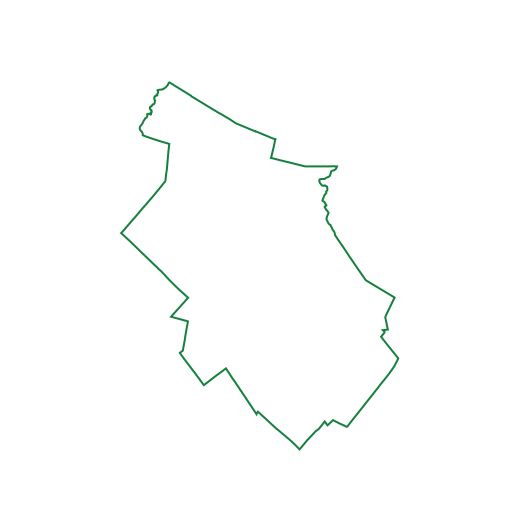 the district of Cornatelu, Dâmbovita, Romania, rotated 237°
{"feature_id": "2599482B11591247588372", "entity_name": "Cornatelu", "entity_type": "district", "adm_level": 2, "iso_a3": "ROU", "parent_name": "Romania", "parent_adm1": "Dâmbovita", "projection": "natural_earth1", "projection_center": [25.687, 44.731], "detail": "fine", "context": "isolated", "style": "outline", "palette": "green", "viewbox_px": 512, "rotation_deg": 237, "n_neighbors": 0, "source": "geoboundaries", "source_scale": "gbopen_adm2", "svg_char_len": 5944}
<svg xmlns="http://www.w3.org/2000/svg" viewBox="0 0 512 512"><g transform="rotate(237 256 256)"><path d="M360.8,323.6L360.7,323.4L363.4,321.5L370.8,316.5L371.0,316.4L374.0,314.3L378.4,311.3L385.1,308.4L385.3,308.3L394.0,304.0L396.1,302.8L405.6,298.2L411.2,295.5L425.3,288.7L425.8,288.8L448.6,278.0L448.8,277.2L447.9,275.9L447.2,274.3L446.8,273.1L446.6,271.6L446.5,269.4L446.9,267.7L447.5,266.5L448.4,264.8L448.5,264.4L448.7,263.8L448.5,263.5L448.1,263.5L447.3,263.4L446.7,263.2L446.4,262.9L446.1,262.1L445.8,261.6L445.5,261.4L444.9,261.1L444.5,260.7L444.6,260.3L445.1,259.9L445.1,259.5L444.9,259.2L445.0,258.9L445.0,258.7L445.0,258.3L444.6,257.9L444.5,257.1L444.3,256.9L443.6,256.6L442.7,256.1L442.2,256.0L441.4,256.1L441.1,255.8L440.6,255.2L439.7,254.4L439.2,253.9L439.0,253.2L439.0,252.6L439.4,251.8L439.0,251.1L438.9,250.4L438.5,250.1L438.4,249.8L438.4,249.4L438.7,248.8L438.6,248.1L437.8,247.6L437.2,247.2L436.5,247.1L435.6,247.6L435.4,247.7L435.1,247.7L434.8,247.6L434.5,247.2L434.0,247.1L433.8,247.1L433.5,246.9L433.5,246.6L433.6,246.4L433.6,246.2L433.0,245.8L432.4,245.5L432.1,245.2L431.9,244.8L432.1,244.5L433.0,244.2L433.5,244.1L433.7,243.5L433.8,243.0L433.9,242.6L434.1,242.2L434.2,241.9L433.8,241.7L432.7,241.2L432.2,240.6L431.8,239.9L431.7,239.2L431.8,238.1L431.6,237.7L431.1,236.9L430.9,236.2L430.6,235.5L429.7,234.1L429.1,233.2L428.8,232.5L428.6,232.1L428.3,231.0L428.0,230.1L427.5,229.0L426.5,228.0L425.3,227.6L423.8,227.5L422.7,227.8L421.8,227.9L420.5,227.6L419.6,227.3L418.9,226.8L415.4,229.4L410.5,233.2L407.2,235.9L404.5,238.1L402.4,239.9L398.3,243.4L397.3,244.2L397.2,244.3L391.3,239.4L390.0,238.4L387.7,236.6L377.4,228.6L373.6,225.2L368.9,221.4L368.4,220.9L368.1,220.5L367.9,220.1L367.6,219.1L366.7,216.5L365.7,213.3L365.0,211.2L364.1,208.2L363.7,206.9L362.4,203.0L361.4,199.5L360.6,196.7L359.5,193.2L358.7,190.3L358.3,188.8L357.7,186.6L357.2,185.1L356.7,183.2L356.5,182.3L356.3,182.0L356.2,181.8L354.7,176.7L353.3,171.7L352.1,167.5L350.5,162.1L349.8,159.7L348.8,156.2L348.6,155.5L348.6,155.4L347.9,155.6L347.1,155.8L343.2,156.8L339.6,157.7L336.8,158.4L333.8,159.1L332.6,159.4L327.7,160.5L321.8,161.8L318.4,162.6L313.8,163.7L310.0,164.6L308.6,164.9L306.3,165.4L305.5,165.6L304.7,165.7L304.6,165.8L304.0,165.9L301.8,166.5L301.0,166.7L298.9,167.1L297.2,167.5L295.7,167.9L295.4,168.0L295.2,168.1L293.5,168.4L291.0,168.9L288.3,169.3L286.2,169.7L284.5,170.0L283.2,170.2L281.8,170.5L280.1,170.9L274.1,172.2L269.2,173.3L258.9,176.1L258.0,176.4L257.9,176.2L257.6,174.9L255.7,168.0L252.1,154.5L251.3,151.7L247.7,154.9L238.3,163.3L238.0,163.1L237.1,162.2L236.8,162.0L232.0,157.4L228.0,153.7L223.9,150.1L223.7,149.9L216.8,143.4L216.5,143.1L216.3,140.0L216.2,139.3L208.6,139.7L208.4,139.7L206.5,139.9L204.4,140.0L199.7,140.4L198.2,140.5L196.4,140.6L195.9,140.6L195.5,140.6L195.2,140.7L194.9,140.7L192.7,140.9L192.1,141.0L190.4,141.1L187.9,141.2L183.7,141.5L176.1,141.9L176.6,148.4L176.6,148.6L176.9,151.6L177.1,154.3L177.2,155.7L177.4,157.9L177.6,162.0L178.1,169.6L176.4,169.6L173.4,169.6L170.9,169.6L170.0,169.6L167.6,169.6L163.4,169.7L162.6,169.7L162.3,169.8L162.1,169.8L159.5,169.8L158.5,169.8L158.2,169.8L157.0,169.9L156.3,169.9L155.0,169.9L154.7,169.9L153.9,169.9L153.4,169.9L152.8,169.9L151.3,170.0L151.0,170.0L151.0,169.9L149.6,170.0L149.0,170.0L147.9,170.0L147.0,170.0L146.5,170.0L142.5,170.1L140.8,170.1L138.4,170.1L130.9,170.2L123.4,170.3L123.2,170.3L123.3,170.4L123.5,170.7L123.7,171.4L124.4,172.8L113.7,175.6L101.8,178.6L99.7,179.2L98.0,179.8L96.9,180.1L96.1,180.4L94.3,180.9L89.8,182.3L86.4,183.3L82.6,184.4L80.9,184.9L77.1,185.8L74.9,186.3L70.1,187.2L71.6,192.3L73.5,198.2L73.9,199.8L74.0,200.1L73.9,200.2L76.2,209.1L76.3,209.7L76.6,210.8L76.7,214.2L79.0,221.4L79.1,221.5L79.7,223.3L79.8,223.5L77.3,223.7L77.2,223.6L75.0,223.8L76.4,231.2L71.7,233.9L70.9,234.3L70.5,234.5L69.9,234.9L69.2,235.4L67.8,236.3L66.7,236.9L66.4,237.0L66.2,237.4L65.8,237.7L65.1,237.9L64.0,238.6L63.3,239.1L63.2,239.2L63.2,239.3L63.6,240.9L65.6,246.5L67.9,253.4L71.3,263.5L75.1,274.8L76.4,278.7L76.6,279.2L76.8,279.9L77.3,281.3L77.6,282.1L78.5,284.8L78.7,285.4L78.8,285.8L80.6,290.8L81.8,294.6L83.1,298.5L84.8,303.5L86.4,307.5L88.1,311.7L89.8,314.7L91.8,318.2L92.7,319.6L102.1,318.6L110.9,317.7L120.2,316.9L121.9,322.6L121.7,322.7L124.7,322.0L122.5,326.5L134.3,331.1L135.7,333.1L145.7,349.6L163.3,341.0L172.7,336.4L172.9,336.4L174.3,335.6L176.2,334.9L187.6,334.5L203.2,334.1L214.4,334.0L225.7,333.7L229.1,333.7L230.1,333.7L230.4,333.6L232.1,334.4L233.8,334.8L235.0,334.7L236.8,334.6L238.6,335.0L240.0,335.0L241.2,335.4L241.8,335.1L243.5,334.5L245.1,334.7L246.2,334.9L247.4,334.9L248.6,335.2L250.6,337.2L251.5,338.7L252.7,340.4L254.9,340.4L257.0,340.1L259.5,340.2L260.0,340.5L260.0,341.2L260.0,341.7L260.0,342.5L260.7,342.6L261.3,342.7L261.6,342.6L262.2,342.5L262.9,342.8L263.7,342.9L264.1,342.7L264.5,342.6L265.2,342.3L265.6,341.9L265.9,341.8L266.3,341.9L266.6,342.2L267.3,343.1L268.4,344.7L269.6,346.3L270.4,348.5L270.5,349.2L270.7,349.4L271.4,349.8L271.7,349.9L272.0,350.2L272.2,351.3L272.7,352.0L274.6,353.0L275.5,353.4L275.9,353.1L276.5,352.8L277.0,352.5L277.6,352.3L277.8,352.1L278.2,350.8L278.3,350.5L279.0,350.1L279.3,349.8L279.8,349.7L280.6,349.6L282.0,349.4L282.9,349.6L284.1,349.8L284.4,350.0L285.0,350.3L285.6,351.1L285.4,351.7L284.3,354.0L283.7,354.7L283.4,355.2L283.3,355.7L283.3,357.5L282.8,360.9L283.6,362.4L284.4,363.4L285.8,364.9L286.0,365.3L286.0,365.6L286.0,366.2L285.5,368.0L285.4,368.4L285.4,369.8L285.4,370.1L286.0,371.2L286.5,372.0L287.0,372.7L289.4,369.3L290.2,368.0L290.5,367.5L291.3,366.2L291.7,365.5L294.3,361.6L298.3,355.4L299.1,354.1L301.0,351.2L302.8,348.4L304.3,346.1L307.5,343.1L310.7,340.1L314.4,336.7L317.4,333.9L320.8,330.6L323.5,328.1L329.9,322.2L330.0,322.0L330.3,322.3L332.2,324.3L335.4,327.7L337.7,330.1L343.2,335.6L343.4,335.9L343.6,335.7L344.1,335.3L345.0,334.4L346.4,333.5L347.4,332.7L348.7,331.9L353.2,328.8L358.9,324.9L360.6,323.7L360.8,323.6Z" fill="none" stroke="#15803d" stroke-width="2"/></g></svg>